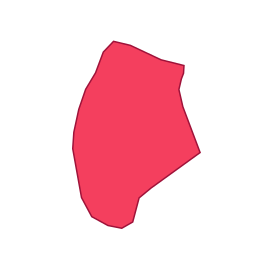 outline of Keelung City, rotated 53°
{"feature_id": "TWN-1164", "entity_name": "Keelung City", "entity_type": "Provincial City", "adm_level": 1, "iso_a3": "TWN", "parent_name": "Taiwan", "parent_adm1": "", "projection": "equal_earth", "projection_center": [121.703, 25.114], "detail": "fine", "context": "isolated", "style": "filled", "palette": "rose", "viewbox_px": 256, "rotation_deg": 53, "n_neighbors": 0, "source": "natural_earth", "source_scale": "10m", "svg_char_len": 428}
<svg xmlns="http://www.w3.org/2000/svg" viewBox="0 0 256 256"><g transform="rotate(53 128 128)"><path d="M111.8,45.7L117.7,50.7L120.9,55.8L127.9,64.2L144.0,71.4L191.0,85.2L189.8,145.8L190.5,161.2L205.9,180.8L204.3,193.3L193.8,202.7L177.0,210.3L155.6,207.0L111.3,184.6L98.8,173.8L83.5,156.1L71.6,138.5L64.4,120.7L52.5,102.0L50.1,87.4L63.4,76.4L93.4,60.6L111.8,45.7Z" fill="#f43f5e" stroke="#9f1239" stroke-width="1.5"/></g></svg>